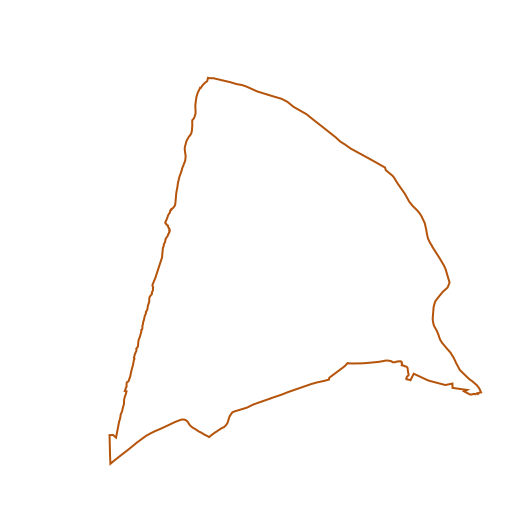 the district of C.A. Rosetti, Tulcea, Romania, rotated 347°
{"feature_id": "2599482B3415534167735", "entity_name": "C.A. Rosetti", "entity_type": "district", "adm_level": 2, "iso_a3": "ROU", "parent_name": "Romania", "parent_adm1": "Tulcea", "projection": "equal_earth", "projection_center": [29.531, 45.308], "detail": "fine", "context": "isolated", "style": "outline", "palette": "amber", "viewbox_px": 512, "rotation_deg": 347, "n_neighbors": 0, "source": "geoboundaries", "source_scale": "gbopen_adm2", "svg_char_len": 6015}
<svg xmlns="http://www.w3.org/2000/svg" viewBox="0 0 512 512"><g transform="rotate(347 256 256)"><path d="M67.4,425.7L72.3,423.2L80.2,419.5L88.7,415.6L91.3,414.3L98.0,411.0L103.3,408.7L108.4,406.5L113.7,405.0L118.0,404.0L124.7,402.8L131.3,401.4L139.4,399.6L144.0,398.9L146.8,398.7L147.8,398.8L149.3,399.3L150.3,399.9L151.5,401.1L152.1,402.1L153.2,405.3L153.8,406.5L155.6,408.9L158.4,411.5L159.5,412.7L160.8,414.1L162.8,415.7L165.8,418.7L167.7,420.1L168.9,421.2L169.5,421.9L170.6,421.4L172.5,420.4L176.0,418.9L178.6,418.0L182.4,416.5L183.4,416.2L185.4,415.7L186.6,415.4L188.2,414.4L189.3,413.6L190.3,412.6L190.9,411.9L193.2,407.9L193.9,406.8L194.9,405.6L197.8,403.0L200.0,402.6L213.1,401.7L217.3,400.7L220.4,400.0L238.8,398.0L238.8,397.9L249.4,396.9L256.7,395.8L280.8,393.2L287.0,392.9L292.1,393.0L294.7,393.0L299.3,392.8L299.4,392.2L299.7,391.7L300.0,391.3L300.4,390.9L300.7,390.8L304.3,389.2L305.0,388.9L308.4,387.4L313.0,385.4L313.2,385.2L313.6,385.1L314.9,384.6L318.2,383.0L321.1,380.9L321.4,381.0L321.4,381.3L321.8,381.4L326.6,382.6L330.8,383.5L334.0,384.2L338.0,384.9L345.9,386.0L352.1,386.8L356.7,387.0L358.2,387.0L358.3,387.1L359.3,387.1L362.0,387.9L362.9,388.4L363.5,388.6L364.0,388.9L364.4,389.1L365.0,390.0L365.5,390.4L366.4,390.5L367.5,390.8L368.2,390.8L369.3,390.5L370.5,390.6L370.9,390.9L371.7,390.7L372.0,390.8L373.1,391.1L373.7,391.4L374.0,392.0L374.1,392.7L373.9,392.9L374.1,393.1L373.9,394.5L373.8,395.1L373.5,395.3L373.7,395.5L374.2,395.7L374.6,395.7L375.3,396.0L375.6,396.4L375.7,396.7L375.9,396.8L377.0,397.2L377.7,397.7L378.0,398.1L378.4,398.7L378.4,399.3L378.4,400.2L378.2,401.5L378.0,404.4L378.1,405.1L378.0,406.1L377.8,406.5L376.2,407.4L375.9,407.7L375.6,408.0L375.4,408.5L374.8,409.4L374.7,409.5L374.8,409.7L375.6,410.3L376.3,410.6L377.8,411.2L378.6,411.8L383.2,406.2L395.9,416.1L411.4,424.3L418.7,424.5L417.8,428.7L431.5,434.0L428.3,434.7L431.3,437.3L433.2,439.0L434.9,439.5L437.3,439.3L438.6,440.1L440.7,439.4L441.2,440.4L442.2,439.7L443.3,439.4L444.6,439.5L443.8,435.4L442.2,431.7L438.5,426.6L436.2,424.1L433.5,420.0L429.0,413.0L426.9,405.3L426.3,402.2L425.4,398.5L424.5,396.2L423.9,394.2L420.3,387.4L417.8,382.5L416.7,379.3L416.3,376.8L416.0,373.2L415.2,369.1L413.7,363.9L413.6,361.2L413.7,360.5L413.7,359.7L414.0,357.0L417.6,345.6L419.5,342.1L420.7,340.3L423.9,337.6L429.8,333.0L435.6,329.8L438.6,325.5L437.8,311.7L437.1,307.9L434.6,300.0L429.7,286.2L429.7,285.6L428.5,282.1L427.5,277.6L427.5,273.1L427.8,268.2L427.8,261.7L426.5,256.0L426.4,255.1L425.1,251.3L423.4,247.9L419.8,242.3L417.5,237.4L415.1,229.0L410.3,217.2L408.0,210.3L407.0,208.4L401.8,201.6L401.6,198.8L389.1,187.4L372.4,172.6L367.9,167.5L364.1,163.7L363.3,162.7L360.3,158.2L341.8,135.2L337.0,129.1L326.4,119.4L321.3,112.9L316.3,108.6L308.1,104.0L294.3,96.0L285.0,88.9L280.9,86.3L275.9,84.2L270.1,80.9L254.3,73.1L250.6,72.3L249.3,71.6L247.8,74.6L247.2,74.9L245.7,75.5L243.9,76.6L242.4,77.6L240.0,79.8L239.4,79.5L239.2,79.9L236.1,83.6L234.9,85.6L233.9,87.4L232.9,89.7L231.3,94.1L230.6,96.2L229.6,101.8L229.1,103.6L227.6,106.3L226.4,108.0L224.4,109.4L223.5,113.4L223.5,113.8L221.7,119.6L220.5,122.0L219.4,123.2L217.3,124.7L216.7,125.6L215.4,126.8L214.3,128.1L213.6,129.3L211.8,132.7L210.9,134.6L210.6,135.9L210.2,139.4L210.0,142.0L209.8,143.3L209.4,144.6L208.9,145.9L208.5,147.0L207.9,148.0L205.8,151.1L204.7,152.6L204.1,153.6L203.5,154.4L203.1,155.6L202.8,156.0L202.5,156.2L202.2,157.0L199.4,161.3L198.0,163.9L197.6,165.0L197.2,165.6L196.7,166.5L196.5,167.1L196.1,168.0L194.9,171.2L194.1,172.9L192.3,177.2L190.0,184.4L188.8,187.8L188.1,188.8L187.2,189.6L186.3,190.4L185.9,190.5L185.0,191.0L184.6,191.0L184.2,191.2L184.4,191.3L184.1,191.8L183.8,192.1L182.8,192.6L182.4,192.9L182.0,193.8L181.9,194.4L181.4,194.7L180.4,195.6L179.2,197.0L178.5,198.3L177.3,200.1L175.7,202.1L175.8,202.2L175.5,202.7L175.1,203.1L175.2,203.5L175.2,203.8L175.3,204.2L175.8,204.6L175.9,204.8L175.9,205.4L176.2,205.8L177.0,206.4L177.1,206.7L176.9,207.2L176.9,207.4L177.1,207.9L177.2,209.2L177.4,209.3L177.5,209.8L177.8,210.1L177.8,210.6L177.7,210.8L177.4,211.0L177.2,211.5L177.3,211.6L177.6,211.7L177.7,211.9L177.7,212.1L177.6,212.3L177.4,212.6L177.1,212.9L176.9,213.0L176.8,213.5L176.5,213.7L176.5,214.0L176.1,214.3L175.9,214.5L175.6,215.0L175.3,215.2L175.1,215.3L175.0,215.7L174.8,216.0L174.0,217.1L173.3,217.5L173.1,217.7L172.9,218.0L172.2,218.5L171.9,218.8L171.8,219.3L171.3,220.1L170.6,221.8L170.2,222.4L169.5,223.1L168.8,224.0L168.4,225.4L167.8,226.2L167.4,226.9L167.1,227.1L164.1,236.3L157.2,247.7L153.0,254.7L149.2,260.0L148.6,261.0L148.4,261.8L148.7,263.0L148.6,263.8L148.2,264.7L148.0,265.7L147.7,266.5L146.7,267.6L146.3,268.1L146.3,268.9L146.1,269.5L143.9,271.3L143.1,272.1L142.6,273.0L142.0,275.1L141.8,276.3L141.2,277.3L139.7,279.8L139.2,280.7L139.0,281.3L138.8,281.8L138.4,283.0L138.1,283.6L137.7,284.2L137.1,284.9L136.0,285.9L136.0,286.8L135.6,287.4L134.9,288.4L134.2,289.2L133.9,289.7L133.8,290.2L133.0,291.7L132.5,293.0L132.1,293.6L131.5,294.4L130.3,297.4L129.6,298.5L129.4,299.3L129.1,300.7L128.8,301.2L128.5,301.9L128.1,302.1L127.5,302.4L127.5,302.6L127.4,303.6L126.7,304.9L126.1,305.9L125.5,307.1L124.9,308.2L124.0,309.7L123.0,310.9L122.8,311.3L121.7,314.1L121.0,316.6L120.6,317.5L120.3,317.9L118.5,319.4L118.4,320.5L118.2,321.3L117.8,322.0L117.1,322.7L115.6,324.9L115.2,325.8L114.7,326.6L114.6,326.9L114.2,327.4L114.1,327.7L114.5,328.4L114.4,329.0L114.1,329.3L113.9,329.5L113.7,329.7L113.5,330.1L113.2,330.9L111.6,334.6L111.1,335.5L110.6,336.3L110.3,336.9L109.8,337.9L109.2,339.0L107.7,342.0L107.2,343.2L106.7,344.2L106.7,344.4L106.2,345.4L105.4,346.4L103.9,349.0L103.6,349.4L103.3,349.6L102.5,349.7L102.0,349.9L101.4,350.5L101.2,351.4L100.7,352.8L100.7,353.8L100.2,354.5L99.3,355.4L99.1,356.3L97.8,358.0L99.4,358.8L97.4,362.4L96.7,363.3L95.4,365.8L94.9,367.3L94.6,368.6L94.0,370.6L92.2,373.8L90.7,377.0L89.8,378.3L88.6,379.8L88.4,380.4L87.9,381.6L87.6,382.5L86.4,384.9L85.4,386.5L83.1,391.8L80.5,397.5L78.8,401.5L76.6,398.4L75.8,398.1L73.0,397.6L68.9,417.6L67.4,425.7Z" fill="none" stroke="#b45309" stroke-width="2"/></g></svg>